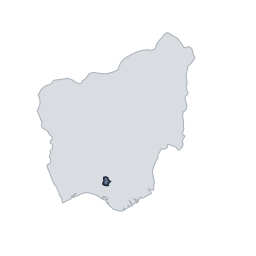 location of Uhunmwonde, Edo, Nigeria, rotated 336°
{"feature_id": "59680162B15998169506024", "entity_name": "Uhunmwonde", "entity_type": "district", "adm_level": 2, "iso_a3": "NGA", "parent_name": "Nigeria", "parent_adm1": "Edo", "projection": "mercator", "projection_center": [5.917, 6.501], "detail": "fine", "context": "in_parent", "style": "filled", "palette": "slate", "viewbox_px": 256, "rotation_deg": 336, "n_neighbors": 0, "source": "geoboundaries", "source_scale": "gbopen_adm2", "svg_char_len": 4863}
<svg xmlns="http://www.w3.org/2000/svg" viewBox="0 0 256 256"><g transform="rotate(336 128 128)"><path d="M203.0,56.9L209.9,66.7L211.4,73.9L212.0,77.5L213.1,77.9L215.3,78.1L216.8,78.8L217.8,80.0L218.4,81.1L218.5,81.7L218.0,86.0L217.5,87.6L217.8,89.7L217.7,90.6L217.5,91.3L216.5,92.0L215.2,92.7L212.0,94.7L211.1,95.0L209.8,95.1L208.7,95.6L207.3,96.7L204.4,100.8L201.9,105.0L200.1,111.6L197.9,113.7L197.5,115.6L197.2,119.7L196.8,121.0L196.5,121.4L194.1,122.1L192.8,123.1L191.9,125.0L190.9,131.4L190.5,132.4L189.7,133.5L188.5,134.7L187.5,135.4L184.8,135.8L182.2,140.6L182.2,141.5L181.0,145.8L179.0,149.1L178.9,151.2L176.4,154.1L175.1,156.1L176.5,158.1L176.6,158.5L172.3,162.0L172.0,162.5L171.9,164.9L171.5,165.5L170.7,166.4L169.6,167.4L168.4,168.1L167.1,168.6L165.8,168.8L165.1,168.5L164.7,167.8L164.0,164.9L163.6,164.2L162.8,163.7L159.5,160.4L157.5,159.3L157.1,159.4L156.8,159.7L156.2,161.3L155.7,161.9L154.6,162.1L152.8,162.1L151.5,161.9L151.2,161.6L150.5,160.3L146.5,163.3L145.0,163.9L143.2,167.4L140.6,169.1L138.9,170.6L134.1,175.4L133.2,176.8L132.2,178.8L130.2,187.7L126.9,193.3L126.5,194.5L126.3,194.4L125.9,194.9L124.6,194.6L124.0,193.6L123.2,193.4L121.9,191.9L121.6,192.1L123.0,196.0L122.5,197.5L118.5,197.5L115.0,198.0L112.7,197.9L111.5,197.4L110.9,196.0L110.7,196.1L110.6,196.9L109.9,197.5L107.2,197.6L106.0,196.6L105.1,195.5L104.1,195.0L104.2,195.5L105.4,196.6L105.2,198.1L103.1,199.9L101.7,200.0L100.9,199.2L100.5,198.0L100.2,196.1L99.7,194.9L99.4,194.9L99.7,196.9L99.8,198.8L100.8,200.3L99.2,200.7L97.3,200.8L97.1,200.2L96.9,199.0L96.5,198.7L96.1,200.7L92.3,201.3L91.7,201.2L91.6,200.9L91.9,200.3L91.8,199.4L91.0,200.1L90.9,201.5L90.4,201.7L88.9,201.5L87.3,200.8L84.7,199.0L81.5,196.1L81.0,194.8L80.1,193.2L78.4,188.8L78.7,188.6L79.4,188.8L79.8,188.4L78.5,188.1L78.2,187.8L78.1,186.8L78.2,185.6L80.2,185.0L80.6,184.2L80.9,183.5L78.4,184.6L76.1,183.4L75.6,182.6L75.9,182.0L78.6,182.0L79.5,181.4L78.9,181.2L77.9,181.2L77.5,180.9L77.5,180.0L77.2,180.2L76.8,181.0L75.2,181.6L74.3,181.0L74.2,179.6L74.0,179.1L73.2,178.6L70.5,175.1L67.0,172.2L64.0,170.2L59.3,169.2L49.7,169.3L49.1,169.0L49.7,168.5L50.6,168.2L53.7,166.6L53.1,166.4L49.9,167.4L48.8,167.5L47.4,169.5L37.8,169.9L37.9,169.0L38.3,166.4L38.9,164.7L38.2,162.5L38.1,160.6L38.5,160.0L38.6,159.2L38.5,154.2L39.0,153.5L39.0,153.0L38.0,150.8L38.0,149.2L37.8,147.6L37.5,146.9L37.9,140.8L37.8,139.3L38.1,138.2L38.3,135.6L38.2,133.0L38.9,128.9L43.0,128.4L44.0,126.8L44.5,124.7L44.3,122.7L45.7,121.0L47.3,119.4L47.2,117.7L47.7,117.2L48.4,116.8L49.5,116.6L50.7,115.7L51.4,114.2L52.1,111.8L51.0,110.2L51.0,109.8L51.4,108.9L52.1,108.0L52.6,107.7L53.8,107.9L54.2,107.6L54.9,104.9L54.9,104.2L53.7,102.4L53.1,97.6L52.8,97.0L52.0,96.1L49.7,92.8L49.7,91.2L50.7,89.1L51.3,88.1L52.2,87.6L52.4,87.1L52.1,86.5L51.7,86.1L51.6,85.1L52.0,83.9L51.9,82.5L52.1,75.2L53.9,73.8L56.6,71.4L58.0,68.9L58.8,67.0L59.7,60.8L61.1,60.1L63.8,57.8L67.5,56.5L69.9,56.0L74.1,56.3L76.3,56.1L78.1,54.8L78.9,54.5L80.0,54.3L90.5,57.5L91.5,57.4L92.3,57.6L93.6,58.5L96.7,61.5L99.9,66.2L100.9,67.2L101.9,67.8L103.0,68.0L103.8,67.9L104.5,67.4L105.5,66.5L107.1,66.1L108.3,66.2L114.8,62.6L115.5,62.6L119.5,63.4L125.0,67.0L129.4,69.3L132.6,70.1L136.3,70.7L142.5,70.8L147.3,65.8L149.0,64.7L151.2,63.7L155.6,62.7L162.9,62.1L169.8,62.4L174.0,63.2L178.5,64.9L180.5,66.5L183.5,66.7L185.7,66.4L186.4,64.9L188.6,62.8L191.9,60.9L194.6,59.6L196.8,59.0L198.7,57.4L200.3,57.0L203.0,56.9ZM107.5,199.6L106.0,200.0L105.0,199.9L106.3,197.9L107.0,198.4L107.9,198.5L107.5,199.6Z" fill="#d9dde1" stroke="#a8b0b8" stroke-width="1"/><path d="M85.8,163.3L85.7,163.6L85.5,163.8L85.5,164.1L85.4,164.2L85.4,164.4L85.3,164.6L85.2,164.7L85.2,164.8L85.2,165.0L85.0,165.3L84.9,165.5L84.8,165.8L84.7,165.9L84.7,166.2L84.7,166.3L84.5,166.5L84.3,166.7L84.3,166.9L84.2,167.0L83.8,167.2L83.7,167.3L83.5,167.5L83.4,167.6L83.0,167.9L82.9,168.0L82.7,168.2L82.6,168.3L82.4,168.5L82.3,168.8L82.3,169.0L82.3,169.3L82.3,169.5L82.4,169.9L82.4,169.7L82.8,169.8L83.0,169.9L83.3,169.8L83.3,170.0L83.2,170.3L83.3,170.3L83.1,170.6L83.4,170.8L84.0,171.2L84.2,170.9L84.2,170.7L84.2,170.8L84.4,170.9L84.6,171.0L84.8,171.2L84.9,171.3L85.0,171.5L85.1,171.9L86.0,172.1L86.2,172.4L86.5,172.4L86.4,172.0L86.4,171.8L86.5,171.8L86.8,171.6L87.0,171.4L87.2,171.2L87.2,170.8L87.4,170.7L87.5,170.6L87.9,170.4L88.1,170.3L88.3,170.4L88.5,170.3L88.7,170.2L88.9,170.1L89.0,170.1L89.1,169.9L89.3,169.8L89.5,169.7L89.7,169.8L89.8,169.7L89.7,169.4L89.8,169.4L89.7,169.3L89.7,169.2L89.6,168.9L89.5,168.7L89.4,168.6L89.3,168.4L89.3,168.2L89.2,168.2L89.1,167.9L89.0,167.7L88.9,167.4L88.8,167.1L88.8,166.9L88.9,166.7L89.0,166.4L89.0,166.1L89.0,165.9L89.1,165.7L89.1,165.4L89.2,165.2L88.9,164.9L88.7,164.7L88.5,164.4L88.4,164.3L88.3,164.2L88.2,164.1L88.0,163.8L87.9,163.7L87.7,163.6L87.3,163.5L87.2,163.5L86.8,163.5L86.7,163.5L86.4,163.4L86.2,163.4L85.8,163.3Z" fill="#64748b" stroke="#1e293b" stroke-width="1.5"/></g></svg>